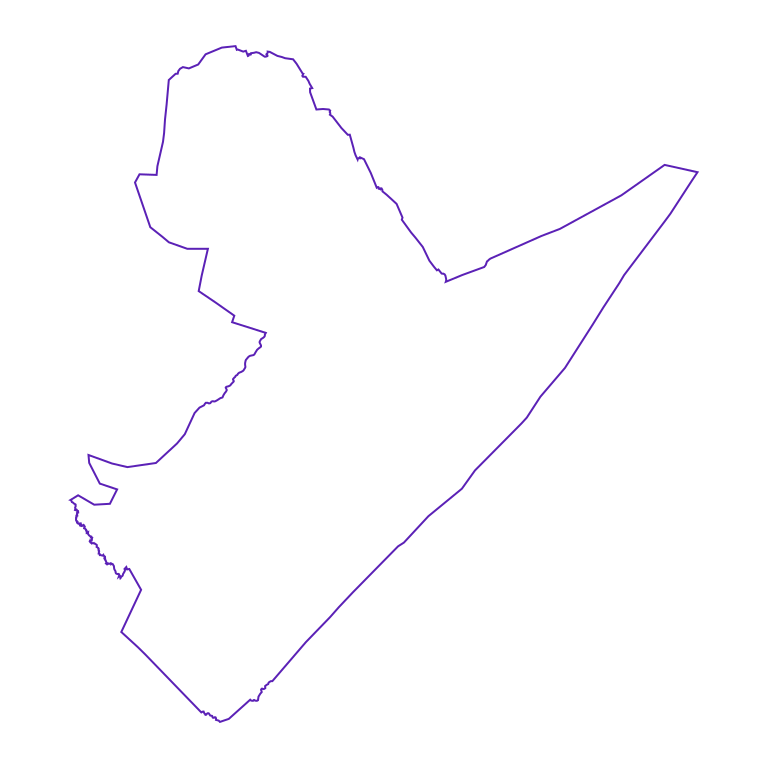 Quirino, Quirino, Philippines
{"feature_id": "2640588B94420346402626", "entity_name": "Quirino", "entity_type": "district", "adm_level": 2, "iso_a3": "PHL", "parent_name": "Philippines", "parent_adm1": "Quirino", "projection": "natural_earth1", "projection_center": [121.392, 16.285], "detail": "fine", "context": "isolated", "style": "outline", "palette": "violet", "viewbox_px": 768, "rotation_deg": 0, "n_neighbors": 0, "source": "geoboundaries", "source_scale": "gbopen_adm2", "svg_char_len": 5914}
<svg xmlns="http://www.w3.org/2000/svg" viewBox="0 0 768 768"><path d="M697.5,172.2L664.6,164.9L621.4,195.3L559.9,228.9L541.6,235.9L490.4,258.6L488.8,259.8L487.9,260.8L487.0,261.4L485.7,265.1L484.2,267.0L462.3,275.0L445.8,281.8L446.1,280.9L446.2,279.3L445.4,275.6L444.6,274.3L443.2,273.6L442.1,273.7L441.6,273.5L438.4,269.5L436.9,270.3L434.0,266.8L429.4,260.7L422.8,247.0L415.4,237.6L411.1,232.5L401.8,219.7L402.5,217.6L396.6,203.9L386.7,194.8L382.5,191.4L382.3,189.7L381.7,188.7L380.6,189.3L380.4,188.9L380.4,188.6L380.0,188.8L379.7,188.4L379.4,188.4L379.4,188.9L379.0,188.8L379.2,188.2L378.9,188.1L378.6,187.8L378.4,187.8L378.3,187.1L377.3,187.1L376.7,187.6L370.8,173.0L364.0,159.2L359.9,157.3L359.5,157.8L359.6,158.1L359.1,158.0L358.9,158.3L358.2,158.3L357.8,158.7L357.6,159.5L355.6,155.3L354.4,151.9L353.4,147.7L349.8,134.7L347.8,134.8L341.4,128.0L332.6,116.6L329.9,114.7L330.3,113.9L330.2,112.8L329.7,112.0L330.0,111.6L329.9,110.9L330.1,110.5L329.6,110.2L329.0,109.5L323.0,109.0L316.4,109.5L310.1,92.2L310.0,88.6L312.2,88.1L309.6,83.7L308.4,80.9L305.7,76.8L302.9,76.7L302.4,76.0L302.4,75.7L302.7,75.6L303.0,74.2L303.3,73.8L302.6,73.5L296.6,63.8L293.1,59.3L285.1,58.2L281.8,57.0L277.4,55.9L269.8,51.9L267.7,51.6L267.8,52.4L267.5,53.0L267.2,53.5L266.8,53.7L266.4,54.3L266.4,54.5L267.3,55.0L267.5,55.6L267.4,56.1L265.7,56.7L264.7,56.7L259.0,52.9L256.2,52.2L253.9,52.8L250.9,53.2L250.7,53.4L250.8,54.4L249.9,54.6L249.8,54.3L249.5,54.2L249.5,54.5L248.8,54.3L248.5,54.8L248.4,55.8L247.9,56.0L245.9,50.8L243.2,51.6L237.7,49.5L236.8,49.8L235.5,46.1L221.8,47.6L205.6,54.3L198.2,64.5L188.9,68.4L182.9,67.1L180.0,68.8L178.3,71.1L177.7,73.7L175.6,73.8L168.8,80.0L166.6,104.6L165.0,119.6L164.1,133.0L163.0,141.8L157.4,166.2L156.6,174.9L139.5,174.3L135.0,182.5L150.3,227.2L162.5,236.9L168.9,242.3L187.3,248.8L207.9,248.8L201.7,275.6L198.7,291.1L215.7,302.6L234.3,315.7L232.1,322.2L265.8,332.9L264.9,334.5L264.8,335.9L264.3,336.8L263.3,337.7L261.1,339.1L259.7,341.5L259.6,342.6L261.0,345.4L261.0,346.5L260.6,347.0L258.8,348.3L257.1,349.8L255.6,352.2L254.3,354.5L253.4,355.1L250.1,355.8L249.2,356.3L248.4,356.9L245.9,359.9L245.6,360.7L245.1,363.1L245.1,364.7L245.4,367.0L245.0,368.0L243.5,370.4L243.1,370.8L241.3,371.9L239.2,372.7L238.0,373.7L237.3,374.9L235.7,375.8L235.1,377.0L234.3,377.6L233.1,379.0L233.0,379.4L233.1,379.8L233.6,380.5L233.7,381.5L231.3,384.0L230.5,385.1L229.8,385.7L228.4,386.3L226.4,386.8L225.8,387.4L225.7,387.7L226.7,389.7L226.7,390.3L225.9,391.7L224.6,393.3L223.4,395.3L222.5,397.4L221.6,397.8L220.6,398.0L216.9,400.4L215.2,401.3L214.1,401.5L212.9,401.2L212.0,401.4L211.5,401.6L210.3,403.1L209.8,403.3L208.9,403.4L207.6,402.8L205.8,402.8L204.9,403.8L204.0,405.3L199.5,407.6L194.6,413.0L184.8,434.2L177.0,443.5L155.9,463.0L127.4,467.1L112.0,463.5L88.5,455.0L89.2,462.9L99.8,483.6L117.1,489.4L109.9,503.8L94.2,504.7L78.1,495.3L70.5,500.0L71.1,500.2L71.9,502.1L72.6,502.3L74.3,503.8L75.4,504.3L75.7,504.9L75.5,505.6L75.7,506.1L75.1,507.7L75.4,508.9L75.0,510.0L75.3,510.1L75.9,509.3L76.6,509.6L77.5,511.1L77.2,511.6L77.3,511.9L77.5,512.0L78.1,511.6L78.2,512.6L77.0,513.1L77.1,514.0L76.7,515.0L77.2,515.1L77.3,515.7L76.3,516.1L76.3,516.5L76.6,516.7L76.4,517.4L76.0,517.8L76.0,518.3L76.2,518.7L76.0,519.4L76.1,520.4L76.6,521.2L76.9,521.2L77.0,522.6L77.3,522.9L77.7,522.6L77.8,523.2L78.3,523.7L78.9,523.8L79.3,523.5L80.3,523.4L80.2,523.7L79.9,523.9L79.7,524.5L80.1,525.6L81.2,525.9L81.2,524.9L81.4,524.6L82.3,525.8L83.1,525.7L83.6,525.0L84.2,525.5L84.3,526.0L84.8,526.8L84.3,527.4L84.1,528.3L84.9,528.6L85.5,529.0L85.7,529.6L86.1,529.8L86.1,530.6L86.6,530.7L86.8,531.0L86.7,533.1L86.9,533.1L88.1,532.3L88.0,533.2L88.2,534.3L89.4,535.7L90.5,536.4L91.0,536.5L90.9,537.3L91.6,537.1L91.8,537.6L92.2,537.8L91.9,538.5L91.9,539.6L91.7,540.5L91.1,540.6L90.4,540.2L90.1,540.3L89.7,541.4L90.7,542.7L91.1,542.9L91.5,542.8L91.8,543.4L92.3,543.1L93.3,543.3L93.9,543.0L94.5,543.7L95.1,543.7L96.8,545.0L96.8,546.2L96.6,546.9L98.2,547.9L98.3,548.8L98.7,549.0L98.6,549.4L98.7,549.7L98.6,550.4L99.0,550.7L98.9,551.2L99.1,551.6L98.8,552.0L98.9,552.5L98.7,553.4L99.2,553.4L99.7,554.8L100.0,554.6L100.2,555.0L102.1,555.5L102.7,555.4L103.3,554.9L103.5,555.8L104.0,555.8L105.0,556.7L105.0,557.2L104.3,558.1L104.6,558.5L105.0,558.6L104.8,559.2L105.3,559.6L105.3,560.2L105.7,560.5L105.8,561.1L106.1,561.4L106.2,562.1L106.4,562.4L106.3,563.1L106.0,563.5L106.4,563.7L107.1,564.4L108.3,563.8L108.2,563.4L109.7,563.8L110.8,563.2L111.3,563.5L111.3,564.1L111.8,563.8L112.7,564.1L113.9,566.1L114.2,568.8L114.6,569.8L115.2,570.7L115.6,571.7L115.6,572.5L116.0,573.4L117.4,574.1L118.3,573.9L119.1,574.3L119.3,575.0L118.8,576.6L119.6,575.9L120.3,576.1L120.5,576.4L120.3,577.8L120.4,578.2L120.7,577.9L121.1,576.8L122.2,576.1L122.7,575.5L123.1,573.9L123.6,573.2L124.1,572.1L124.6,571.6L124.8,570.7L125.0,569.9L124.5,569.0L126.3,567.0L126.5,567.5L126.6,569.3L127.4,569.4L127.7,569.1L128.5,569.2L129.3,569.0L141.1,589.8L121.3,632.0L137.9,647.2L145.5,654.7L201.3,712.4L202.1,711.9L202.8,711.9L203.1,711.5L203.6,711.5L204.2,713.0L204.6,713.7L205.2,714.0L205.4,714.8L205.8,714.9L206.3,714.6L206.9,713.8L207.5,713.3L208.2,713.2L208.9,713.5L210.2,715.5L212.1,715.9L212.5,716.7L212.6,717.4L213.1,717.8L214.7,717.6L215.0,717.2L215.6,717.4L216.0,718.3L216.1,719.4L216.0,719.9L218.7,720.6L219.9,721.9L228.8,718.9L250.2,699.7L251.0,700.5L252.2,700.8L253.3,700.7L253.7,700.1L254.2,700.0L254.9,700.5L256.1,700.8L257.2,700.7L258.0,700.2L258.5,696.6L260.3,693.7L261.7,692.1L261.6,691.4L261.2,690.4L261.1,689.5L261.8,688.7L262.4,688.7L263.1,689.1L264.4,688.8L265.3,688.1L265.1,686.1L266.7,684.8L268.2,684.1L268.5,682.9L269.2,682.1L271.0,681.1L272.4,681.1L305.9,642.1L330.0,617.2L339.0,607.0L352.8,592.4L398.1,546.3L403.9,542.6L428.4,516.2L461.9,488.7L475.0,470.4L521.6,423.3L526.8,417.6L540.4,396.7L565.0,367.9L592.8,324.4L603.3,307.5L619.2,283.3L624.1,275.1L664.7,221.4L670.4,213.7L692.3,180.0L697.5,172.2Z" fill="none" stroke="#5b21b6" stroke-width="2"/></svg>